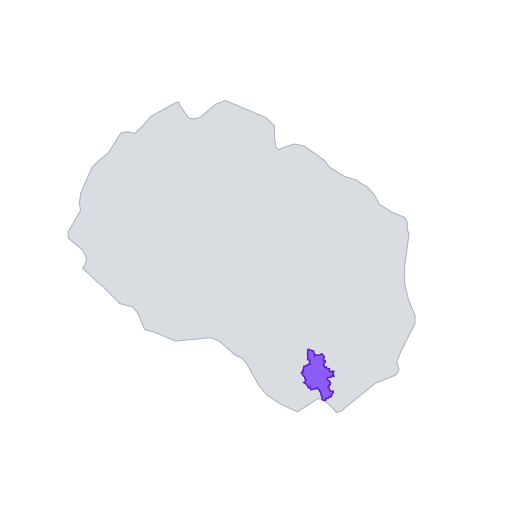 Strumitsa, Strumitsa, North Macedonia (highlighted), rotated 47°
{"feature_id": "65306769B9612885815739", "entity_name": "Strumitsa", "entity_type": "district", "adm_level": 2, "iso_a3": "MKD", "parent_name": "North Macedonia", "parent_adm1": "Strumitsa", "projection": "natural_earth1", "projection_center": [22.651, 41.408], "detail": "fine", "context": "in_parent", "style": "filled", "palette": "violet", "viewbox_px": 512, "rotation_deg": 47, "n_neighbors": 0, "source": "geoboundaries", "source_scale": "gbopen_adm2", "svg_char_len": 2715}
<svg xmlns="http://www.w3.org/2000/svg" viewBox="0 0 512 512"><g transform="rotate(47 256 256)"><path d="M233.1,140.7L241.0,141.7L258.2,137.1L268.9,130.8L274.4,129.8L281.6,127.4L292.0,127.8L302.6,130.5L316.1,126.9L329.3,121.0L334.6,122.4L340.3,127.5L344.1,128.9L365.9,155.5L377.9,166.3L392.1,174.4L408.2,180.4L414.0,186.2L424.3,214.5L429.3,225.3L436.1,228.5L437.8,231.6L438.1,235.7L430.4,255.6L427.4,300.3L425.4,303.9L417.3,303.7L406.6,304.6L402.5,308.1L398.2,332.1L380.9,339.0L365.2,342.9L351.9,342.0L328.6,336.3L321.1,335.7L314.5,338.9L293.8,340.7L284.7,344.9L263.2,373.0L241.4,382.7L234.0,387.6L217.4,381.4L209.5,380.8L198.0,388.0L172.8,388.7L166.0,389.9L146.6,391.0L145.8,387.2L142.3,381.5L133.3,378.8L114.8,381.1L110.3,377.0L102.9,353.1L96.9,349.2L90.4,341.2L79.3,315.3L79.1,303.9L80.0,294.0L73.9,270.7L77.8,264.8L83.6,261.1L83.7,251.8L82.2,237.5L89.3,209.6L91.1,207.6L92.9,208.9L109.4,211.2L113.7,207.6L116.5,202.1L117.5,181.7L121.5,172.3L161.6,154.4L173.4,153.7L182.4,161.9L189.5,167.2L193.8,167.0L195.4,161.7L200.3,151.5L208.5,145.7L232.9,140.7L233.1,140.7Z" fill="#d9dde1" stroke="#a8b0b8" stroke-width="1"/><path d="M393.4,277.7L392.6,278.4L392.7,278.9L391.8,279.5L391.9,279.9L390.6,280.9L389.1,280.1L388.5,279.1L387.3,280.3L385.9,280.7L385.3,280.3L384.6,280.9L383.5,281.2L383.7,281.5L382.6,281.4L382.2,281.3L382.1,280.5L381.5,280.3L381.1,279.5L380.8,277.3L379.7,276.7L378.9,277.6L378.1,277.1L378.0,277.5L376.7,275.8L376.6,274.9L375.5,274.5L372.7,274.5L372.0,275.2L372.2,275.6L371.6,277.5L369.3,279.6L369.2,281.3L368.4,280.2L366.6,279.9L365.2,278.9L364.3,278.8L363.3,279.7L360.4,281.0L359.9,281.4L360.0,282.1L363.3,285.6L364.4,286.1L365.9,288.0L367.2,288.8L367.9,288.2L369.1,287.9L370.0,289.3L372.0,290.1L370.9,291.2L370.9,292.9L370.5,293.1L370.7,294.0L369.3,296.4L371.2,298.5L371.4,300.0L372.1,299.7L372.9,300.4L372.2,302.4L376.2,303.2L377.5,302.7L379.3,304.1L380.5,304.1L381.1,304.6L381.4,305.6L381.1,307.4L384.0,306.6L388.5,307.5L388.8,306.4L388.6,305.7L391.2,307.1L392.8,304.6L392.8,303.7L393.5,303.4L393.4,302.8L394.2,302.5L394.0,301.2L394.9,300.7L396.1,301.4L397.0,301.1L398.3,301.7L398.4,301.3L400.3,301.9L402.7,303.6L405.1,304.1L405.6,305.4L406.0,305.6L406.9,305.4L407.5,305.2L408.0,304.9L408.4,304.1L409.2,303.5L408.7,302.6L407.8,302.0L409.3,300.3L409.0,298.8L409.8,298.0L409.7,297.4L410.1,296.9L408.8,294.1L408.6,292.5L407.5,291.7L407.0,292.0L405.8,293.8L404.7,294.1L404.2,293.2L400.8,292.4L401.0,291.4L400.5,291.3L400.7,290.5L400.2,290.2L400.7,289.5L400.0,288.2L397.3,287.5L396.2,288.2L395.0,287.5L394.4,287.5L393.8,286.4L395.8,283.9L395.9,282.7L395.6,282.2L397.2,281.2L396.1,280.4L395.6,280.7L395.5,280.3L394.6,280.2L393.4,277.7Z" fill="#8b5cf6" stroke="#5b21b6" stroke-width="1.5"/></g></svg>